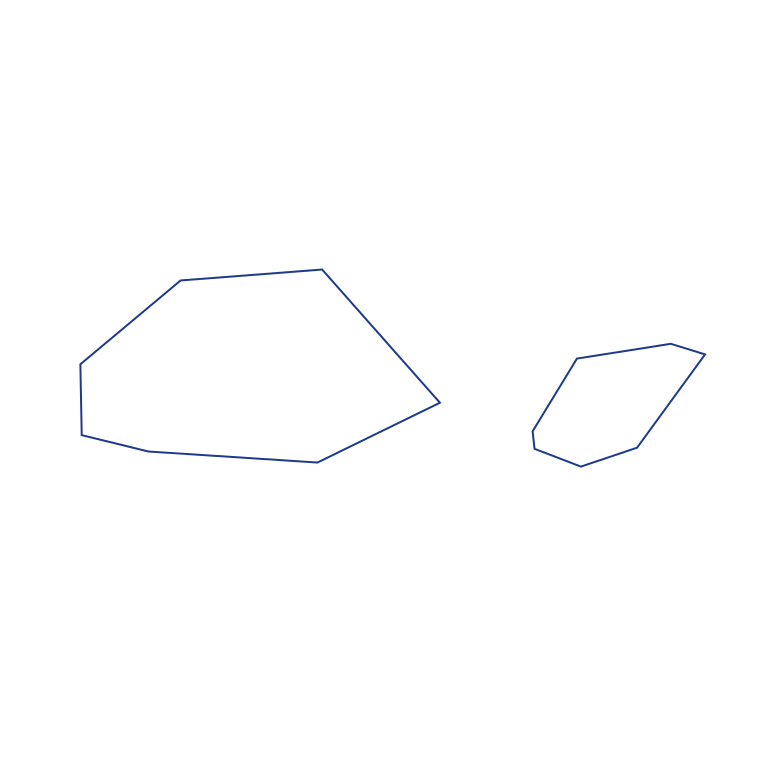 SVG path tracing the border of Malta, rotated 139°
{"feature_id": "MLT", "entity_name": "Malta", "entity_type": "country or territory", "adm_level": 0, "iso_a3": "MLT", "parent_name": "Europe", "parent_adm1": "", "projection": "mercator", "projection_center": [14.371, 35.948], "detail": "fine", "context": "isolated", "style": "outline", "palette": "blue", "viewbox_px": 768, "rotation_deg": 139, "n_neighbors": 0, "source": "natural_earth", "source_scale": "50m", "svg_char_len": 359}
<svg xmlns="http://www.w3.org/2000/svg" viewBox="0 0 768 768"><g transform="rotate(139 384 384)"><path d="M645.7,543.7L600.2,598.1L469.6,595.6L355.6,511.0L354.1,333.2L485.8,368.4L606.0,487.5L645.7,543.7ZM302.9,250.8L221.7,276.6L141.2,226.2L122.3,195.7L234.8,169.9L289.6,192.5L312.9,236.3L302.9,250.8Z" fill="none" stroke="#1e3a8a" stroke-width="2"/></g></svg>